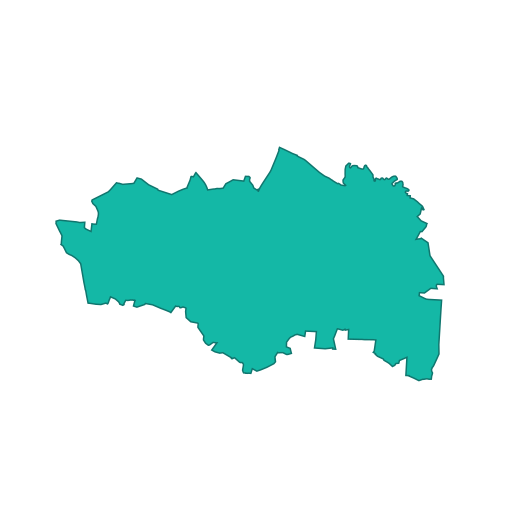 the district of Lutriņu pag., Saldus, Latvia, rotated 195°
{"feature_id": "27541924B57809969281457", "entity_name": "Lutriņu pag.", "entity_type": "district", "adm_level": 2, "iso_a3": "LVA", "parent_name": "Latvia", "parent_adm1": "Saldus", "projection": "mercator", "projection_center": [22.327, 56.738], "detail": "fine", "context": "isolated", "style": "filled", "palette": "teal", "viewbox_px": 512, "rotation_deg": 195, "n_neighbors": 0, "source": "geoboundaries", "source_scale": "gbopen_adm2", "svg_char_len": 6075}
<svg xmlns="http://www.w3.org/2000/svg" viewBox="0 0 512 512"><g transform="rotate(195 256 256)"><path d="M80.3,179.4L77.3,180.0L77.3,179.7L72.0,178.9L66.4,177.8L63.0,180.1L62.1,180.3L59.7,181.4L59.2,181.6L56.8,181.8L54.8,182.4L55.3,185.8L55.2,186.2L55.2,187.3L55.2,188.5L55.4,189.0L56.5,190.1L57.1,191.9L57.0,192.6L56.9,193.1L56.9,194.0L56.4,194.8L56.0,196.2L54.8,203.1L53.9,208.7L56.5,217.8L62.0,244.8L64.1,255.2L64.1,255.3L65.3,261.4L78.2,258.7L80.3,258.4L82.4,258.7L88.2,259.9L88.6,262.9L83.7,263.9L78.8,270.0L72.5,271.2L73.9,273.2L74.2,274.8L73.8,275.5L73.6,275.6L67.0,277.0L69.3,283.4L69.7,285.0L88.0,301.3L93.3,313.3L101.0,316.0L101.1,315.6L101.4,315.3L104.0,314.3L105.7,313.5L103.6,322.1L102.0,322.5L99.6,327.6L99.3,328.5L99.3,330.7L99.5,331.2L99.3,331.6L105.6,332.7L110.5,335.8L108.3,339.1L108.5,345.1L106.5,343.8L105.8,344.3L107.9,346.9L108.8,347.5L111.9,348.9L114.1,350.1L118.5,352.0L122.2,352.0L122.6,354.1L125.6,353.6L125.9,354.9L125.9,355.4L126.2,355.3L126.9,355.4L127.7,355.8L128.3,356.3L128.2,357.0L127.9,357.5L127.6,357.7L126.6,357.8L125.6,358.2L125.3,358.9L125.3,359.1L125.4,359.4L126.6,360.0L128.0,360.3L129.7,360.4L131.8,360.7L132.3,361.0L132.4,361.3L132.4,362.8L133.3,365.0L134.1,365.7L134.5,365.9L134.8,365.9L136.2,365.5L137.8,363.6L138.7,362.9L139.2,362.9L139.2,362.7L139.8,362.6L140.1,362.4L140.3,362.1L139.9,361.2L140.0,360.6L140.2,359.7L141.0,359.2L141.5,359.2L142.0,359.5L143.1,360.5L143.3,360.8L143.4,361.2L141.7,364.1L140.4,365.5L139.6,366.2L139.4,366.6L139.8,367.6L141.4,369.0L141.8,369.2L142.5,369.1L143.6,368.7L144.9,367.8L145.8,366.7L147.1,364.8L147.8,364.4L148.4,364.5L150.0,365.1L150.3,365.0L150.5,364.8L151.0,363.8L151.1,363.4L151.4,363.1L151.9,363.0L152.7,363.2L153.6,363.9L154.3,364.0L154.9,363.7L155.3,363.4L155.4,363.0L155.4,362.7L155.6,362.1L156.0,361.9L156.6,361.8L157.6,362.0L159.0,362.0L159.7,362.3L160.0,362.3L160.4,362.0L160.5,361.6L160.5,360.8L160.2,359.6L160.3,359.3L160.6,359.1L161.1,359.0L161.4,359.2L162.0,360.9L163.1,362.1L163.4,362.5L163.7,363.6L164.1,364.7L167.8,367.7L170.0,369.3L171.2,370.4L172.4,371.0L172.6,371.8L172.9,372.0L173.6,372.1L174.3,371.5L174.6,370.5L174.6,369.6L174.6,368.9L174.8,368.1L175.1,367.7L175.6,367.5L176.7,367.4L180.6,367.7L180.9,368.5L181.6,369.2L182.6,369.2L184.5,368.8L185.9,368.3L186.7,367.4L187.1,366.3L187.5,365.6L188.0,365.6L188.5,365.9L188.8,366.4L188.9,367.5L188.7,368.1L188.6,369.2L188.6,369.6L189.4,369.8L190.5,369.6L191.6,367.7L192.3,366.6L192.5,366.1L192.3,362.8L191.1,358.1L190.7,356.9L190.4,355.5L190.5,354.8L191.6,351.9L191.2,350.6L190.6,349.2L187.7,347.5L188.2,346.9L190.6,346.7L192.3,346.5L193.0,346.9L195.1,347.5L196.0,347.0L200.8,348.4L201.9,348.9L203.1,349.2L205.5,350.1L210.3,350.9L216.3,353.1L233.1,361.2L234.8,361.8L240.7,362.9L242.5,363.5L242.4,363.9L247.2,364.4L255.9,366.1L261.4,367.0L261.5,364.5L261.1,364.0L262.0,355.5L263.7,342.7L264.3,340.3L268.0,329.1L269.1,325.6L269.9,322.7L270.4,319.3L270.9,319.4L270.4,321.6L272.2,320.1L272.6,320.1L275.7,321.1L277.4,323.5L281.5,326.5L282.1,328.8L281.9,329.6L282.1,330.3L283.5,331.0L286.8,330.2L287.2,325.2L297.8,323.7L301.1,320.5L303.6,318.2L303.8,318.0L305.3,313.0L308.6,311.7L311.2,311.1L313.1,310.1L314.6,309.6L319.8,307.3L321.1,309.3L322.8,311.4L324.4,313.0L325.8,314.2L327.6,315.5L335.6,321.0L335.9,320.4L336.9,316.3L338.8,316.2L339.3,315.9L339.3,312.1L340.4,304.1L340.2,303.9L343.7,301.6L347.7,298.5L353.3,293.5L367.5,294.2L368.3,295.1L378.1,297.0L386.6,300.6L391.1,300.6L392.8,294.6L394.9,293.7L403.3,290.7L407.3,290.8L407.7,290.6L409.7,290.6L413.9,282.1L415.3,279.7L428.8,267.7L428.8,266.4L427.1,264.4L423.5,262.5L420.6,258.9L419.7,257.6L419.2,256.2L419.0,255.3L418.7,252.8L418.8,250.9L418.4,245.4L420.9,244.8L422.8,244.6L421.7,237.0L426.8,237.9L427.7,238.3L427.8,238.2L429.1,239.0L430.1,244.3L434.9,242.7L438.0,242.5L455.0,239.8L458.1,237.9L457.7,236.5L457.6,235.6L451.6,228.6L451.4,228.5L448.6,225.3L447.7,219.7L447.2,217.3L447.4,216.7L444.9,215.7L443.2,213.9L439.9,210.1L437.0,209.2L434.1,208.8L430.2,207.5L426.3,205.5L423.3,203.1L415.3,185.8L413.4,182.0L412.1,179.2L411.5,178.5L409.4,173.9L406.0,167.0L404.4,167.3L398.1,168.0L393.2,169.0L388.9,171.6L387.0,171.3L386.6,172.4L386.4,175.5L386.0,178.3L386.0,178.9L380.7,178.1L376.7,176.1L375.0,174.3L375.0,174.2L371.9,173.9L371.1,174.7L371.4,174.8L370.4,179.5L368.3,179.9L366.6,180.6L366.1,181.0L365.2,181.1L364.0,181.6L363.7,181.5L362.5,181.6L362.3,181.9L361.3,181.8L361.4,181.1L361.4,176.0L360.6,175.9L357.8,175.8L350.9,180.4L350.5,181.5L343.3,182.1L334.3,180.8L329.3,180.3L324.8,179.7L323.6,179.3L320.7,186.8L320.3,186.7L319.0,186.9L317.4,187.4L317.0,187.3L316.1,186.4L315.8,186.4L315.0,186.7L313.4,187.9L310.5,187.7L310.2,187.5L310.0,187.2L310.0,186.9L309.6,184.1L307.5,178.4L302.0,175.6L295.1,176.1L294.7,176.0L294.3,175.6L293.8,172.7L293.6,172.0L285.8,165.4L285.6,164.9L285.3,162.6L285.0,161.3L282.1,158.7L279.1,157.5L278.5,157.6L277.7,158.2L275.1,161.4L274.8,161.5L271.9,161.8L271.3,162.0L274.4,153.7L270.8,152.8L265.9,152.8L263.0,154.0L253.2,151.3L253.3,150.8L252.6,150.5L250.4,152.2L244.5,149.2L243.5,149.0L241.8,149.5L241.1,149.1L240.3,148.4L240.0,147.7L239.8,146.7L239.5,143.2L239.4,142.2L238.5,140.8L237.7,139.9L235.6,140.3L235.5,140.1L233.5,140.6L232.9,140.9L230.6,141.3L230.4,146.2L225.4,145.0L222.2,147.1L216.7,151.3L210.9,156.6L209.8,158.9L210.7,161.2L210.8,161.1L211.6,163.6L210.1,168.5L209.2,168.3L207.2,169.0L205.0,169.6L201.1,168.8L199.7,169.2L196.6,171.1L199.1,175.6L203.1,176.1L204.2,180.7L202.4,185.2L201.5,186.6L199.4,188.3L198.2,189.6L197.4,190.2L195.9,190.9L195.9,191.0L188.1,190.9L188.1,191.0L188.7,196.3L178.1,198.6L176.6,190.6L175.7,182.3L165.2,184.3L158.1,187.1L157.9,186.0L154.9,186.6L159.8,196.1L159.3,199.5L159.3,199.8L158.6,206.6L158.4,206.8L152.9,206.8L151.1,208.3L150.6,207.5L147.5,209.0L145.4,199.6L133.8,202.4L131.9,202.9L130.0,203.2L121.0,205.5L118.5,205.9L118.0,201.6L117.7,199.2L117.2,194.6L117.8,193.3L115.3,192.6L115.4,192.0L112.7,190.6L106.4,189.5L105.4,188.4L101.3,187.3L99.5,186.7L95.6,184.6L93.7,186.3L93.1,188.3L90.4,189.4L90.4,192.2L84.0,197.2L80.3,179.4Z" fill="#14b8a6" stroke="#0f766e" stroke-width="1.5"/></g></svg>